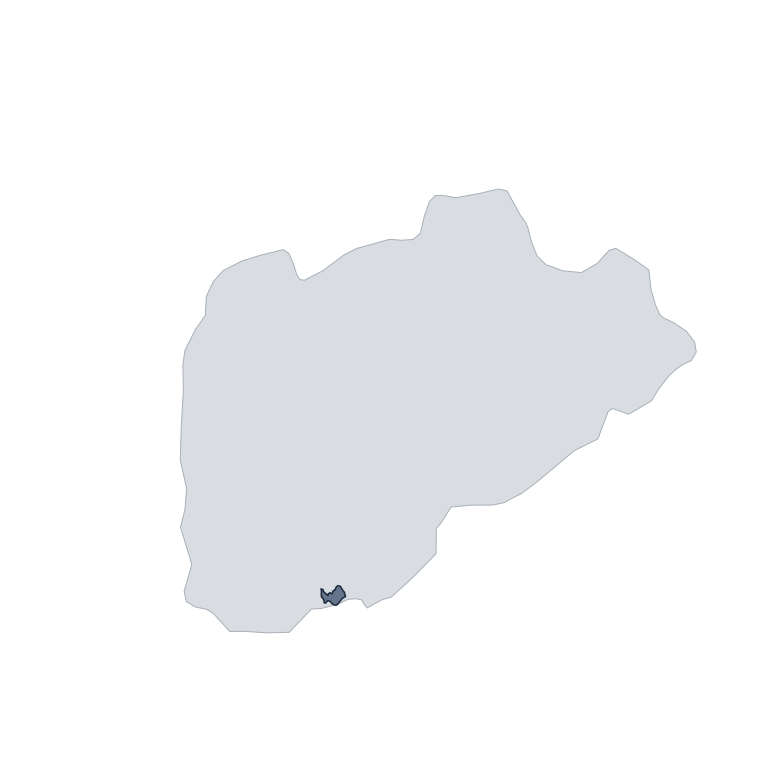 Samphelling, Chhukha, Bhutan shown in context, rotated 327°
{"feature_id": "84629894B17389160207490", "entity_name": "Samphelling", "entity_type": "district", "adm_level": 2, "iso_a3": "BTN", "parent_name": "Bhutan", "parent_adm1": "Chhukha", "projection": "equal_earth", "projection_center": [89.481, 26.851], "detail": "fine", "context": "in_parent", "style": "filled", "palette": "slate", "viewbox_px": 768, "rotation_deg": 327, "n_neighbors": 0, "source": "geoboundaries", "source_scale": "gbopen_adm2", "svg_char_len": 4012}
<svg xmlns="http://www.w3.org/2000/svg" viewBox="0 0 768 768"><g transform="rotate(327 384 384)"><path d="M590.8,326.1L589.8,331.2L585.2,344.9L582.1,359.8L584.8,372.0L595.7,386.5L610.2,398.1L628.6,399.0L645.5,394.5L652.3,396.4L661.6,415.8L668.3,432.6L659.5,450.0L654.8,465.2L653.1,476.0L654.3,480.7L659.8,489.4L666.3,504.4L667.3,518.1L663.3,527.2L654.6,531.7L645.3,530.4L637.6,530.6L628.0,532.2L613.0,537.2L599.0,543.8L572.8,542.6L562.2,529.0L557.2,529.0L533.5,546.5L507.5,543.5L460.1,549.3L440.3,550.7L420.0,548.8L409.7,545.0L390.5,532.7L373.2,523.7L355.6,531.9L349.4,533.4L335.3,554.6L304.7,561.6L274.1,566.7L265.1,563.9L247.9,562.6L247.3,557.7L247.8,552.9L243.8,549.0L236.9,545.1L224.8,543.5L209.4,538.2L200.6,533.2L169.3,540.6L151.0,529.4L130.3,514.1L119.8,507.5L116.0,483.8L112.4,476.2L104.3,468.2L99.7,458.8L103.4,449.1L124.1,431.1L125.7,426.9L135.3,393.3L148.6,381.0L161.6,364.1L171.5,337.1L190.6,309.5L211.5,281.2L225.9,258.2L235.4,247.4L255.0,235.9L271.5,229.1L282.8,213.7L296.5,205.2L310.6,201.3L331.5,203.4L351.2,208.9L372.8,216.5L375.3,222.7L373.5,233.7L370.4,244.8L370.3,250.5L373.6,253.6L394.7,255.7L420.6,253.9L435.1,255.5L467.5,265.7L477.0,273.0L486.9,278.5L496.6,277.5L508.7,265.7L521.6,255.6L529.5,254.0L535.3,257.2L545.6,266.8L567.0,275.9L586.1,282.7L592.3,289.1L590.3,316.8L590.8,326.1Z" fill="#d9dde1" stroke="#a8b0b8" stroke-width="1"/><path d="M235.5,528.0L235.3,528.0L234.8,528.0L234.5,528.1L234.1,528.2L233.5,528.2L233.1,528.4L232.8,528.5L232.5,528.9L232.0,529.1L231.8,529.3L231.7,529.6L231.4,529.8L231.2,530.0L230.8,529.8L230.4,529.8L230.1,529.9L229.9,530.0L229.7,530.1L229.2,529.7L228.8,529.8L228.7,529.8L228.4,530.0L228.2,530.1L227.9,530.3L227.6,530.4L227.4,530.6L227.3,530.8L227.2,531.0L226.8,531.3L226.6,531.4L226.3,531.5L226.2,531.5L225.9,531.4L225.9,531.1L225.7,530.9L225.6,530.7L225.4,530.3L225.3,529.9L225.2,529.8L225.0,529.7L224.9,529.8L224.7,529.8L224.4,529.8L224.2,529.8L223.9,529.7L223.7,529.6L223.4,529.6L223.2,529.6L222.9,529.7L222.7,529.9L222.7,530.1L222.6,530.3L222.4,530.5L222.1,530.8L221.9,530.8L221.8,530.7L221.6,530.5L221.6,530.4L221.5,530.1L221.4,530.0L221.4,529.8L221.3,529.6L221.3,529.3L221.3,529.2L221.3,528.8L221.2,528.7L221.0,528.3L221.0,528.1L220.9,527.7L220.8,527.3L220.7,527.1L220.7,526.8L220.7,526.7L220.6,526.4L220.5,526.2L220.4,526.0L220.4,525.8L220.4,525.7L220.4,525.4L220.4,525.2L220.4,524.7L220.4,524.3L220.5,524.1L220.8,523.8L220.9,523.6L220.9,523.4L220.9,523.2L220.7,523.0L220.5,522.8L220.4,522.7L220.3,522.4L220.2,522.2L219.8,521.9L219.6,521.7L219.5,522.0L219.4,522.2L219.3,522.6L219.1,522.8L218.9,523.0L218.7,523.3L218.7,523.5L218.7,523.8L218.6,524.0L218.3,524.2L218.1,524.4L217.9,524.8L217.7,525.1L217.4,525.5L217.2,525.8L216.9,526.1L216.7,526.4L216.6,526.5L216.6,526.8L216.5,527.0L216.4,527.1L216.3,527.3L216.0,527.8L215.7,528.1L215.6,528.4L215.6,528.6L215.7,528.9L215.8,529.1L215.8,529.3L215.8,529.6L215.9,529.8L215.9,530.0L215.8,530.3L215.8,530.5L216.0,530.6L215.9,530.8L216.0,531.0L216.0,531.4L216.0,531.5L216.0,531.9L216.0,532.1L216.0,532.3L215.9,532.4L215.8,532.5L215.7,532.7L215.6,532.8L215.7,533.0L215.6,533.3L215.4,533.6L215.1,534.2L215.1,534.4L214.9,534.6L214.8,534.8L214.7,534.9L214.7,535.1L214.9,535.3L216.0,536.0L218.7,535.0L220.6,537.2L220.5,538.3L220.7,540.1L222.5,542.9L224.0,543.6L224.8,543.6L230.4,541.8L230.5,541.6L230.8,541.4L231.0,541.4L233.1,541.1L233.5,541.3L233.8,541.3L234.1,541.2L234.5,541.1L234.9,541.1L235.1,541.1L235.3,541.2L235.6,541.4L235.9,541.4L236.1,541.2L236.1,540.9L236.1,540.6L236.2,540.4L236.2,540.2L236.4,540.0L236.5,539.8L236.6,539.7L236.6,539.4L236.6,539.1L236.6,538.9L236.6,538.7L236.7,538.4L236.8,538.3L236.9,538.2L237.0,538.1L237.0,537.9L237.1,537.7L237.2,537.3L237.3,537.3L237.3,537.2L237.4,536.9L237.3,536.5L237.3,536.1L237.1,535.3L236.9,535.0L236.9,534.9L237.0,534.7L237.2,534.1L237.1,533.9L237.0,533.5L237.1,533.1L237.1,532.6L237.1,531.9L237.2,531.5L237.3,531.0L237.3,530.5L237.3,530.2L237.2,530.0L236.7,529.2L236.1,528.7L235.5,528.0Z" fill="#64748b" stroke="#1e293b" stroke-width="1.5"/></g></svg>